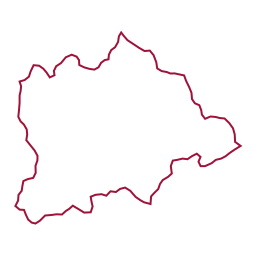 the district of Cristiano Otoni, Minas Gerais, Brazil
{"feature_id": "56859067B84978777244329", "entity_name": "Cristiano Otoni", "entity_type": "district", "adm_level": 2, "iso_a3": "BRA", "parent_name": "Brazil", "parent_adm1": "Minas Gerais", "projection": "robinson", "projection_center": [-43.825, -20.834], "detail": "fine", "context": "isolated", "style": "outline", "palette": "rose", "viewbox_px": 256, "rotation_deg": 0, "n_neighbors": 0, "source": "geoboundaries", "source_scale": "gbopen_adm2", "svg_char_len": 1758}
<svg xmlns="http://www.w3.org/2000/svg" viewBox="0 0 256 256"><path d="M240.6,145.9L235.1,141.9L234.7,134.3L233.0,128.3L229.2,123.0L224.6,118.5L219.6,118.0L215.8,117.0L210.5,116.5L205.1,118.8L201.9,114.6L201.2,110.1L199.3,105.2L194.9,103.3L192.0,99.1L191.5,92.9L189.4,87.6L186.2,81.1L184.1,75.4L178.8,74.3L174.7,73.4L170.4,73.5L166.7,72.0L161.7,71.1L157.2,68.4L156.3,62.3L153.6,55.2L149.8,50.6L144.5,51.0L139.0,47.8L133.6,44.2L127.5,40.2L123.7,35.8L121.2,32.5L118.9,36.3L118.1,41.9L115.1,47.2L111.2,50.1L108.9,54.7L108.5,59.3L104.7,60.1L101.1,62.8L98.5,67.3L94.4,69.6L89.5,68.9L84.3,67.4L79.3,65.0L79.0,60.1L76.6,56.6L71.7,54.7L65.8,57.3L61.0,63.1L56.2,66.2L53.9,70.9L54.5,75.2L49.8,77.4L46.4,72.3L43.3,68.7L39.1,65.7L33.6,65.2L30.6,71.5L28.9,76.7L24.5,80.1L19.6,81.5L21.1,86.2L20.6,91.1L19.6,95.5L19.6,102.9L19.0,110.4L18.3,116.8L20.6,121.4L23.8,124.4L26.7,129.4L27.2,134.4L26.3,140.2L30.4,145.3L34.6,150.5L37.5,155.8L37.4,160.5L35.5,165.9L35.7,172.8L33.2,177.9L27.8,179.1L23.4,181.0L22.5,185.4L21.7,190.8L18.5,194.9L18.1,200.6L15.4,206.0L19.6,209.6L24.0,209.9L25.9,214.8L28.2,219.6L31.7,222.6L35.5,223.5L39.9,220.7L45.1,215.5L51.3,215.0L56.4,214.3L62.0,214.5L65.8,211.0L69.3,208.8L72.8,205.7L78.0,208.8L84.2,212.6L90.7,212.3L92.6,206.5L91.4,201.0L90.7,196.7L95.6,194.8L101.5,194.2L106.3,195.7L110.5,191.3L115.9,192.0L120.1,188.9L125.1,187.6L130.3,190.8L135.6,196.9L140.2,200.1L144.1,202.3L150.5,204.0L151.1,196.4L154.3,192.9L158.2,189.1L160.0,184.0L162.7,180.1L168.0,176.9L171.8,173.5L170.8,166.1L172.8,160.6L177.5,159.8L182.6,158.6L187.5,159.2L192.0,156.1L196.8,153.7L200.5,156.9L198.5,161.7L200.6,166.1L205.1,166.1L211.6,163.2L215.9,159.8L221.1,158.6L225.5,156.3L229.8,152.9L234.5,149.7L240.6,145.9Z" fill="none" stroke="#9f1239" stroke-width="2"/></svg>